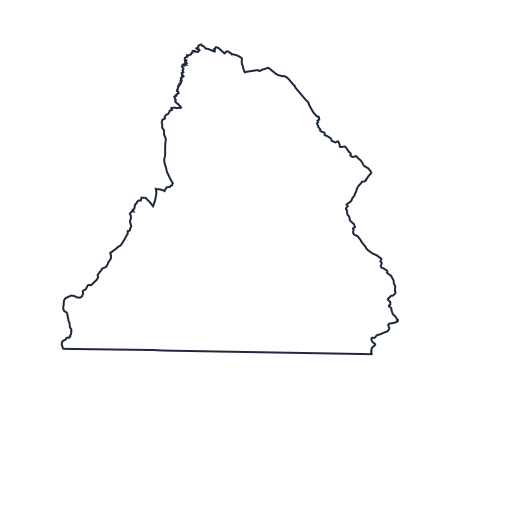 the district of Mwingi North, Eastern, Kenya, rotated 118°
{"feature_id": "3690345B80003743115065", "entity_name": "Mwingi North", "entity_type": "district", "adm_level": 2, "iso_a3": "KEN", "parent_name": "Kenya", "parent_adm1": "Eastern", "projection": "natural_earth1", "projection_center": [38.213, -0.407], "detail": "fine", "context": "isolated", "style": "outline", "palette": "slate", "viewbox_px": 512, "rotation_deg": 118, "n_neighbors": 0, "source": "geoboundaries", "source_scale": "gbopen_adm2", "svg_char_len": 6107}
<svg xmlns="http://www.w3.org/2000/svg" viewBox="0 0 512 512"><g transform="rotate(118 256 256)"><path d="M288.4,107.8L287.9,107.9L286.7,109.4L285.6,109.4L285.0,110.0L282.4,110.5L279.4,109.3L278.2,109.2L277.7,110.0L277.3,112.6L275.6,114.9L274.1,115.3L273.6,115.1L273.1,113.7L272.2,112.7L269.6,112.2L268.6,111.6L266.7,109.4L264.5,107.8L261.0,104.8L260.0,104.3L257.9,104.2L256.9,104.6L255.0,106.9L253.6,106.8L252.5,105.8L250.9,103.4L247.8,100.5L246.8,100.3L246.0,100.5L245.8,100.9L246.4,101.3L245.4,102.1L243.9,104.7L243.1,107.9L240.3,110.9L238.6,112.0L237.9,115.1L237.3,115.3L235.7,114.7L233.7,115.8L233.3,116.2L233.0,118.2L232.4,119.2L231.7,119.4L230.5,118.8L228.4,118.3L227.7,118.0L227.0,116.8L225.8,116.2L224.4,115.6L222.8,115.6L221.2,117.2L217.8,118.6L216.9,119.4L215.7,121.3L213.1,122.9L210.1,127.4L209.5,132.0L209.2,132.5L208.0,132.7L207.6,133.2L207.2,135.7L207.1,137.1L207.4,139.3L207.1,140.4L206.1,141.2L203.4,141.5L203.0,141.8L202.6,143.3L202.2,143.7L200.0,143.7L199.5,144.4L198.7,150.1L199.1,153.1L198.6,158.3L198.2,160.2L197.5,162.3L196.7,163.2L193.9,169.6L192.7,171.3L190.8,175.6L191.1,178.7L190.8,180.1L189.5,181.5L187.2,182.1L186.3,183.2L185.8,183.3L184.2,182.2L183.1,183.1L181.8,184.8L180.8,189.0L180.3,190.0L178.1,191.5L177.2,192.8L176.5,194.7L172.7,197.5L172.3,198.7L171.6,198.9L168.9,198.4L168.0,200.2L162.9,197.8L159.3,198.0L156.2,197.4L155.2,197.9L152.8,197.8L149.8,198.4L146.3,198.5L142.5,197.4L140.9,197.3L140.1,196.6L139.2,195.2L137.6,194.4L136.9,194.9L135.9,194.4L133.1,194.3L128.5,193.2L127.4,194.5L125.9,198.1L125.8,202.0L125.6,203.3L123.7,206.0L122.4,208.6L121.7,212.2L120.8,213.8L121.0,215.0L122.5,216.1L123.1,217.1L123.3,218.3L123.1,219.4L122.9,219.9L121.6,220.1L121.0,220.6L120.3,223.1L117.9,227.7L117.7,228.5L117.8,229.3L119.7,231.8L120.2,232.8L120.2,233.2L118.3,234.6L116.3,237.0L116.4,237.7L118.4,239.1L118.8,242.8L118.5,243.6L117.3,244.7L116.9,246.2L116.7,250.4L117.1,252.0L115.2,253.2L115.1,253.6L115.1,254.7L115.5,256.4L115.1,258.4L114.0,258.7L113.6,259.4L113.1,261.3L112.1,262.0L110.2,264.5L108.5,264.0L107.7,265.2L105.8,264.2L104.8,265.2L104.2,265.3L103.7,266.0L103.6,266.5L104.1,267.4L104.0,268.3L102.2,273.0L97.5,280.3L95.7,282.0L94.8,285.4L89.5,298.6L88.6,300.7L87.5,301.9L87.4,303.0L84.6,309.8L83.7,313.0L83.9,313.9L83.8,315.2L84.9,317.3L85.9,321.6L85.8,324.0L84.0,333.1L84.1,333.6L87.2,336.5L88.2,337.8L90.3,339.1L91.3,340.1L90.9,341.6L97.7,350.7L99.1,352.0L97.9,353.8L94.1,357.3L93.3,358.4L90.9,360.0L88.1,361.2L87.9,361.7L87.7,365.9L88.6,371.0L89.4,371.9L88.6,373.8L88.9,374.8L88.5,376.7L88.7,377.3L89.7,378.4L90.9,378.5L91.9,378.9L89.9,387.0L90.3,389.2L90.6,389.6L91.2,389.6L92.3,389.3L93.2,390.2L93.6,390.1L94.3,388.6L94.6,388.4L95.1,389.4L95.7,395.9L96.5,397.7L95.3,400.9L95.7,402.0L95.0,403.6L95.2,404.0L97.3,405.6L98.7,405.0L99.2,405.1L99.7,405.2L100.2,406.1L100.6,406.2L100.8,404.7L100.3,403.6L100.8,403.0L100.9,402.5L101.6,402.8L102.7,402.8L103.2,403.2L103.6,405.2L104.0,405.3L104.2,405.7L103.9,406.0L104.5,407.2L104.1,407.3L104.5,408.1L105.8,408.1L106.4,407.6L106.9,408.2L108.7,408.1L110.0,409.6L110.5,409.7L111.2,411.2L112.4,410.2L112.8,410.3L113.3,411.2L114.3,411.7L115.4,411.5L116.8,410.5L116.1,410.0L116.0,409.2L117.3,409.0L117.5,409.4L117.8,409.5L118.5,408.5L118.4,407.6L118.9,407.7L119.4,408.3L119.8,408.3L120.0,407.6L120.4,408.4L120.0,409.4L120.5,409.5L121.3,409.0L121.1,410.2L122.1,410.6L123.1,409.8L123.7,410.1L124.7,407.9L126.6,408.0L126.8,407.5L127.4,407.2L127.7,406.4L128.4,406.6L129.3,407.5L130.5,406.3L131.2,406.1L130.8,405.5L131.3,404.3L131.7,404.3L132.3,405.3L133.2,405.2L134.3,405.9L135.0,405.4L134.9,405.0L136.3,404.7L135.9,404.0L136.2,403.8L137.0,404.6L137.3,403.9L137.7,403.7L138.5,404.1L139.5,403.9L140.1,404.5L140.5,404.2L140.1,403.6L140.5,403.6L141.7,404.0L142.2,403.9L142.2,404.4L142.5,404.6L143.0,404.1L144.3,403.9L145.1,403.4L146.2,403.7L146.6,403.4L147.6,403.2L147.4,402.0L148.5,400.8L149.1,401.3L150.3,401.5L150.6,402.0L151.0,402.2L151.8,402.0L152.0,401.6L152.4,401.7L153.2,402.8L153.7,402.9L153.9,402.4L154.9,401.7L156.1,399.9L157.3,400.0L158.0,399.1L158.2,397.2L158.6,396.5L158.4,396.1L159.2,394.2L159.2,393.5L160.1,391.8L160.6,392.0L161.9,394.6L162.9,395.6L163.1,397.5L165.2,400.2L166.3,398.8L166.7,398.8L168.1,400.4L170.2,400.1L171.9,400.4L173.7,401.6L175.6,402.0L176.1,402.0L177.2,400.9L179.6,402.6L180.3,402.6L180.7,402.3L182.5,401.9L184.2,400.3L186.7,399.2L188.0,396.6L189.3,395.5L191.7,394.5L194.6,390.9L196.2,390.0L199.4,388.8L203.4,386.9L209.3,383.7L214.0,382.3L216.9,380.4L220.6,376.6L223.3,374.4L228.0,368.1L229.5,365.9L230.5,363.9L230.8,363.6L231.3,363.8L232.5,363.4L233.0,363.3L234.0,364.2L235.2,364.3L237.4,367.1L240.0,367.3L240.8,367.6L241.6,367.3L241.7,369.7L242.3,372.2L243.2,373.9L243.7,376.0L247.0,373.6L252.5,371.7L254.8,371.1L260.4,370.3L258.4,374.8L256.5,380.8L258.4,384.6L261.0,383.7L262.3,385.8L263.9,386.4L265.6,386.2L266.5,386.8L268.0,386.5L268.3,386.8L270.1,386.0L271.6,385.7L272.5,386.0L273.1,386.7L273.5,386.6L274.2,385.2L274.6,386.3L276.8,387.2L277.8,387.2L278.2,386.9L279.0,385.6L280.5,384.6L282.3,383.9L283.0,384.0L284.7,383.5L288.3,380.1L290.6,380.0L292.4,379.4L293.1,379.6L294.1,380.9L295.3,380.6L295.9,379.9L296.2,379.8L303.9,379.9L310.0,380.4L313.7,382.6L314.8,382.7L318.9,384.8L319.7,384.9L321.2,386.1L321.9,386.2L323.1,384.6L324.6,383.9L325.3,383.2L327.7,382.9L330.7,383.5L332.3,383.1L335.5,383.2L336.5,383.5L338.0,384.9L339.9,386.1L341.9,385.9L343.3,386.5L345.2,386.6L346.6,387.0L347.3,386.8L348.5,385.6L351.2,385.3L359.0,387.8L359.5,388.5L359.7,389.7L360.9,390.7L365.4,390.7L367.8,392.4L369.0,392.1L370.2,391.0L371.7,391.0L372.6,390.6L374.6,391.2L375.4,391.9L376.5,394.2L376.7,398.0L377.7,400.6L382.0,404.0L383.5,404.6L385.5,404.5L388.5,403.4L389.6,402.7L390.9,402.6L393.4,401.2L394.6,399.6L394.8,396.7L395.6,395.6L401.3,391.0L402.6,389.3L406.3,386.8L407.5,384.6L408.6,384.0L409.2,384.0L409.7,383.4L411.7,382.7L414.0,382.7L414.2,382.3L415.2,382.6L415.6,382.4L415.9,382.6L416.7,384.3L417.3,384.8L418.7,384.7L421.8,386.7L422.9,386.8L425.2,386.1L428.2,383.1L428.3,382.6L427.4,380.5L386.8,301.7L384.8,297.2L381.0,289.5L288.4,107.8Z" fill="none" stroke="#1e293b" stroke-width="2"/></g></svg>